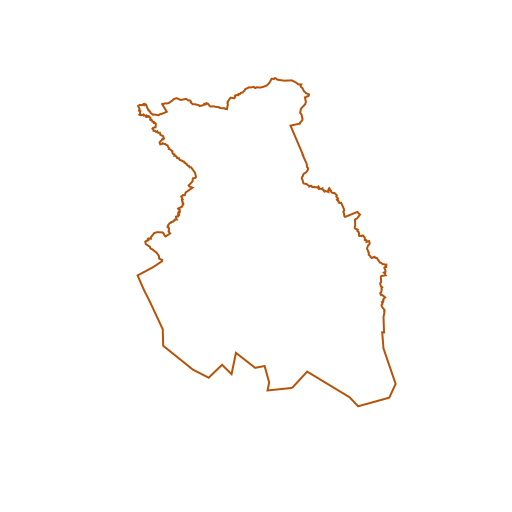 Huejotitán, Chihuahua, Mexico, rotated 331°
{"feature_id": "50627088B75721726599609", "entity_name": "Huejotitán", "entity_type": "district", "adm_level": 2, "iso_a3": "MEX", "parent_name": "Mexico", "parent_adm1": "Chihuahua", "projection": "robinson", "projection_center": [-106.036, 27.072], "detail": "fine", "context": "isolated", "style": "outline", "palette": "amber", "viewbox_px": 512, "rotation_deg": 331, "n_neighbors": 0, "source": "geoboundaries", "source_scale": "gbopen_adm2", "svg_char_len": 6057}
<svg xmlns="http://www.w3.org/2000/svg" viewBox="0 0 512 512"><g transform="rotate(331 256 256)"><path d="M352.0,110.9L348.3,112.1L344.5,111.6L341.5,110.8L338.1,108.6L337.0,108.9L336.4,108.3L336.1,107.1L332.4,105.7L331.8,105.1L327.4,104.9L326.5,105.6L323.4,106.5L321.8,106.0L320.4,106.6L319.6,105.9L319.0,105.9L318.5,106.8L317.5,106.1L315.7,105.5L315.0,105.8L314.8,106.8L313.5,107.5L310.5,105.2L306.1,107.3L305.7,108.3L305.1,108.5L304.8,109.9L301.8,113.4L301.2,112.7L300.5,112.6L299.8,111.2L297.6,110.2L295.8,108.4L295.9,108.0L292.6,105.7L292.1,104.9L288.6,103.1L288.2,102.3L287.8,99.6L286.8,98.3L286.1,98.2L285.8,99.0L285.0,98.8L284.5,98.0L284.2,98.5L283.7,98.6L279.4,97.6L279.3,96.7L278.5,95.8L276.2,93.7L274.2,92.5L273.4,90.0L274.0,89.3L273.9,88.6L273.6,87.9L272.3,87.2L271.3,85.2L270.8,84.6L265.9,83.1L263.0,79.4L260.0,78.9L258.0,79.5L253.6,79.9L251.8,79.3L250.5,78.4L248.2,78.1L247.5,76.8L247.9,86.6L241.7,85.9L241.1,85.4L239.0,85.7L236.3,83.4L235.0,82.9L234.6,82.2L234.2,82.2L233.2,80.0L233.3,78.1L232.9,78.0L232.9,77.0L232.6,76.5L232.9,76.2L232.6,75.2L233.2,70.3L232.5,70.1L232.4,69.2L231.5,69.6L231.4,69.0L231.1,69.1L231.0,68.7L230.5,69.0L229.6,68.9L227.6,67.5L225.6,67.6L225.5,70.8L224.2,72.1L225.0,72.5L225.2,73.0L223.9,74.5L223.8,75.6L222.5,75.9L223.3,77.0L225.2,77.8L226.2,77.7L226.1,78.9L226.9,79.0L227.4,79.8L227.3,81.1L227.7,81.3L228.6,80.3L228.9,80.8L228.7,81.4L228.9,81.8L229.5,82.2L229.9,81.6L230.2,81.9L230.6,84.1L229.7,85.1L229.6,85.9L230.6,86.1L230.8,87.1L230.5,88.3L231.7,89.1L231.6,89.8L231.2,90.3L232.2,90.8L232.5,91.8L230.6,94.7L228.2,94.0L227.7,94.6L227.2,94.6L227.5,96.6L227.2,96.9L228.3,97.5L228.7,99.1L230.1,99.0L230.1,100.8L231.7,101.6L231.1,103.7L232.8,106.0L232.5,108.4L231.6,108.4L231.5,109.0L230.3,108.5L229.5,109.1L227.1,109.7L226.6,110.2L226.4,111.9L228.2,112.5L229.0,112.1L230.2,113.7L231.0,114.0L231.5,115.7L232.3,116.4L232.0,117.7L232.2,119.2L231.6,120.1L232.7,121.3L233.2,122.6L233.2,123.9L233.6,124.0L232.9,125.4L232.9,126.5L233.9,127.5L233.2,128.6L233.9,128.6L234.1,129.1L234.6,130.8L234.5,131.8L235.0,131.9L235.3,133.0L236.0,133.1L235.9,135.0L236.7,135.7L237.0,136.6L237.7,137.0L237.9,137.8L238.7,138.3L238.7,139.8L239.3,140.1L239.4,141.1L240.0,141.8L239.8,142.9L240.4,144.4L241.0,144.6L240.9,146.3L242.2,146.9L243.0,153.5L242.1,157.1L241.4,158.1L240.8,158.3L238.4,157.5L236.6,160.0L231.2,161.7L231.5,163.0L233.6,165.5L225.3,166.3L223.2,168.3L221.5,167.3L221.1,167.6L219.6,167.6L219.3,168.4L219.5,169.5L219.0,170.3L219.2,170.9L218.4,171.0L218.1,171.8L218.3,172.7L217.6,173.6L217.9,174.6L217.2,174.9L217.2,175.8L216.1,176.0L215.4,177.0L210.9,176.7L210.9,177.6L211.7,177.9L211.8,178.4L210.8,180.4L209.7,179.9L208.8,180.7L209.3,181.4L208.3,181.9L208.8,182.4L208.7,182.9L206.8,183.6L206.5,183.1L205.1,182.8L204.2,185.1L204.3,185.6L202.5,184.8L202.2,185.4L200.9,185.3L200.6,185.7L199.8,185.8L199.3,185.4L198.1,185.2L197.6,185.7L196.2,185.5L194.3,186.3L194.0,187.1L193.2,187.1L192.7,187.6L192.9,188.6L193.3,188.7L193.2,190.0L192.1,191.2L191.9,192.2L191.5,192.3L191.8,194.6L186.4,195.1L186.0,193.6L186.1,191.1L185.6,190.0L181.0,187.2L178.1,186.6L173.2,188.6L172.5,189.9L170.3,188.4L169.7,188.6L170.1,189.6L169.6,190.1L166.9,189.6L166.0,189.9L165.4,192.3L167.7,196.5L167.4,197.5L167.5,198.5L168.1,199.1L170.7,204.9L171.1,209.1L170.0,211.3L172.0,213.9L171.2,215.0L160.3,215.9L143.0,215.6L141.5,231.8L141.0,244.9L138.9,274.9L131.3,289.5L145.7,324.8L155.6,339.5L173.6,334.7L177.3,347.5L191.5,331.0L201.0,353.4L210.2,356.4L206.2,373.0L200.9,379.2L222.5,388.4L224.2,388.7L244.7,381.9L269.4,425.0L272.4,436.9L303.9,444.5L316.1,435.6L322.7,398.6L329.4,383.9L330.9,384.9L338.0,371.1L341.0,367.5L341.3,366.4L341.9,366.3L342.2,365.3L341.7,362.9L341.7,360.3L342.0,359.8L343.3,359.2L343.7,357.5L344.6,358.0L345.1,357.6L345.6,356.3L346.1,356.4L346.6,355.4L348.9,354.8L347.6,351.5L346.5,351.0L346.4,349.4L346.8,348.7L347.5,348.8L348.0,348.3L349.7,346.3L350.1,345.0L351.2,344.6L350.6,343.1L351.0,340.8L351.6,339.9L352.8,339.6L355.1,334.7L355.5,334.4L356.4,334.4L360.0,335.7L359.9,335.0L360.4,334.0L359.8,332.5L361.6,332.6L362.4,330.7L362.4,328.6L363.3,328.2L364.4,328.7L364.6,327.9L365.4,327.6L365.8,326.7L364.8,326.5L364.4,325.6L362.9,324.5L362.1,322.8L361.2,321.8L360.7,316.3L359.6,315.6L359.5,314.7L359.1,314.0L357.5,314.2L356.4,313.9L356.5,313.3L355.8,312.8L355.8,311.0L355.2,309.5L356.4,307.6L356.1,306.7L356.5,306.1L356.6,303.6L357.9,302.1L359.5,300.9L360.2,301.0L361.5,300.2L362.1,297.7L359.4,297.3L360.2,295.8L359.8,295.2L358.9,294.8L360.0,292.7L359.6,290.0L358.7,289.6L357.9,289.8L357.4,289.1L356.1,288.7L356.0,288.1L357.5,285.1L356.8,283.5L356.8,283.1L357.8,282.4L355.8,279.7L356.6,278.2L357.6,277.4L360.2,272.1L362.4,272.2L367.0,270.2L366.0,266.6L352.9,265.0L352.6,263.8L353.6,261.7L353.8,259.6L355.0,259.1L355.6,257.8L356.3,250.8L354.7,250.1L354.3,249.5L354.8,249.2L354.6,248.0L354.8,247.7L354.2,247.0L354.1,246.1L355.1,246.1L355.6,245.4L355.3,245.0L355.0,243.1L356.1,242.2L355.3,239.3L354.9,238.6L353.9,238.3L353.0,237.0L352.8,235.7L353.2,235.2L352.9,232.2L351.8,232.8L351.8,234.0L350.5,234.0L350.3,235.0L348.3,232.9L347.1,232.9L346.9,231.7L347.2,231.0L346.4,230.1L346.9,229.1L345.6,229.0L344.4,227.9L343.6,228.0L343.4,227.6L343.4,226.9L344.4,226.2L344.3,225.5L342.9,225.9L342.1,225.1L340.7,224.4L340.2,223.6L338.9,223.3L338.3,222.3L338.5,221.5L338.1,221.2L336.8,221.1L337.0,220.9L336.1,220.1L335.2,217.7L332.9,215.7L332.8,214.7L333.6,212.0L333.5,211.2L333.7,210.2L334.4,209.4L335.9,208.7L336.6,207.8L337.8,207.2L340.3,207.2L342.1,206.4L343.5,205.4L344.1,204.4L343.8,202.9L345.0,199.9L345.8,190.4L346.1,190.5L349.4,158.7L358.6,161.5L359.0,160.8L361.4,160.1L362.7,159.3L363.4,158.2L363.3,157.4L363.7,156.9L363.7,156.1L364.4,154.5L364.0,152.3L366.3,149.4L367.5,148.7L372.7,147.1L374.4,145.3L375.7,141.0L376.6,141.3L377.8,141.1L379.2,141.6L380.4,140.9L380.7,140.3L378.8,138.0L377.8,134.9L378.0,131.7L377.3,129.9L377.6,128.5L378.7,127.9L376.1,126.3L375.2,123.8L372.4,119.7L365.6,116.3L360.1,112.1L359.2,109.9L358.5,109.5L357.3,109.9L356.7,109.2L355.5,108.6L352.0,110.9Z" fill="none" stroke="#b45309" stroke-width="2"/></g></svg>